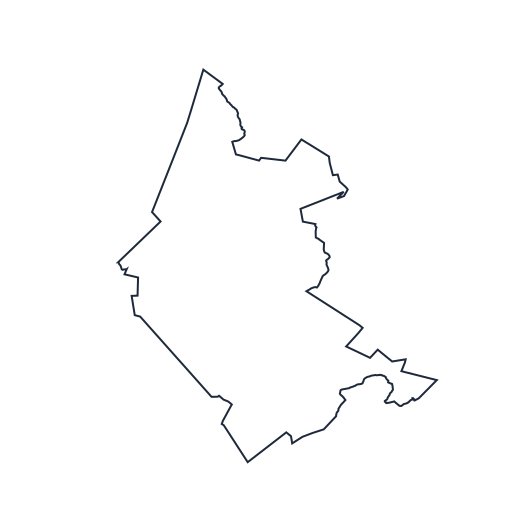 San Luis del Cordero, Durango, Mexico (Natural Earth projection), rotated 72°
{"feature_id": "50627088B87094166069630", "entity_name": "San Luis del Cordero", "entity_type": "district", "adm_level": 2, "iso_a3": "MEX", "parent_name": "Mexico", "parent_adm1": "Durango", "projection": "natural_earth1", "projection_center": [-104.288, 25.388], "detail": "fine", "context": "isolated", "style": "outline", "palette": "slate", "viewbox_px": 512, "rotation_deg": 72, "n_neighbors": 0, "source": "geoboundaries", "source_scale": "gbopen_adm2", "svg_char_len": 5756}
<svg xmlns="http://www.w3.org/2000/svg" viewBox="0 0 512 512"><g transform="rotate(72 256 256)"><path d="M400.5,145.6L398.4,159.1L388.5,165.5L382.7,169.2L388.1,179.0L369.9,198.2L361.1,182.8L357.3,176.8L353.8,179.0L353.6,179.2L305.1,218.9L304.8,217.5L304.5,216.1L304.3,215.1L303.8,213.3L303.7,211.5L303.8,209.8L304.0,209.0L304.8,207.8L303.7,206.1L302.4,204.8L301.6,203.9L300.3,202.9L299.1,201.9L298.1,201.0L297.0,199.9L295.9,199.0L295.3,197.9L295.0,196.7L294.7,195.7L294.3,194.8L293.7,193.6L292.9,192.4L292.0,191.5L290.6,191.2L287.8,191.4L285.8,191.6L284.6,191.0L283.7,190.7L282.8,190.9L281.9,190.6L281.5,189.9L281.4,189.3L280.9,187.9L279.9,186.3L278.8,186.1L277.0,186.6L275.9,187.4L275.2,188.1L274.0,189.5L272.8,189.7L270.8,189.6L264.6,187.2L259.7,190.9L259.3,191.0L258.9,191.3L258.7,191.6L258.3,192.0L258.0,192.4L257.5,192.8L257.3,192.9L257.1,193.1L257.0,193.3L256.9,193.4L256.5,193.3L251.1,191.7L247.9,190.1L247.4,189.6L247.2,189.7L246.5,190.1L246.1,190.2L245.7,190.3L245.2,190.3L244.8,190.0L244.3,189.8L244.0,189.6L237.8,200.8L224.9,199.1L222.1,152.8L226.5,161.2L226.2,153.8L223.4,150.7L221.1,148.2L218.6,149.1L211.1,153.4L203.8,153.1L202.9,157.9L190.2,157.1L183.9,155.9L159.2,176.8L174.4,198.5L164.2,220.8L166.2,223.6L155.1,240.6L153.2,243.7L140.1,243.3L140.0,242.2L140.0,241.9L140.0,241.4L140.2,240.5L140.5,239.4L140.6,238.5L140.5,237.9L140.6,237.3L140.6,236.1L140.2,235.1L139.9,233.9L139.4,232.6L138.8,231.1L138.1,230.0L137.6,229.4L136.8,229.3L136.0,229.4L135.6,229.1L135.2,228.8L134.6,228.4L134.2,228.2L133.7,228.2L133.2,228.3L132.5,228.5L132.2,228.8L131.9,229.3L131.6,229.6L131.5,229.9L131.2,230.2L130.8,230.4L130.4,230.4L130.1,230.2L129.8,230.0L129.5,229.5L129.3,229.4L128.7,230.0L128.3,230.2L127.8,230.3L127.3,230.4L126.6,230.4L125.6,230.1L124.9,229.7L123.5,229.4L122.8,229.5L121.0,229.3L120.1,229.6L119.1,230.0L118.4,230.0L117.8,230.2L116.8,230.1L116.1,229.9L115.8,229.7L115.4,229.3L114.9,229.0L114.2,229.0L113.4,229.1L112.8,229.2L111.9,229.2L111.3,229.2L110.6,229.5L109.9,230.0L109.5,230.2L109.0,230.6L108.4,230.7L108.1,230.9L107.8,231.1L107.5,231.5L107.4,231.8L106.7,232.1L106.2,232.4L105.5,232.6L104.9,232.8L104.3,233.2L104.0,233.3L103.6,233.6L103.2,233.7L102.8,233.7L102.3,234.0L101.7,234.3L101.4,234.6L101.0,235.0L100.6,235.3L100.1,235.6L99.5,235.7L98.7,235.5L98.0,235.6L97.1,235.7L96.5,235.9L95.8,236.2L94.8,236.4L94.3,236.6L93.7,237.1L93.0,237.4L92.3,237.7L91.9,238.0L91.2,238.1L90.2,238.0L89.6,238.1L88.9,238.2L88.5,238.3L88.0,238.6L87.5,238.8L86.6,239.1L86.2,239.3L85.8,239.4L85.3,239.5L84.8,239.6L84.5,239.5L84.2,239.2L83.9,238.8L83.6,238.4L83.5,237.9L83.4,237.5L83.4,237.1L83.1,236.6L82.9,236.0L82.6,235.4L82.1,234.5L62.5,248.5L96.7,272.3L107.9,280.2L108.3,280.5L120.1,290.2L138.0,304.9L156.3,320.0L164.9,327.1L176.2,336.4L182.1,341.3L193.7,336.1L219.4,389.1L219.5,388.8L221.1,388.6L221.4,388.6L221.7,388.6L221.9,388.5L222.7,388.0L223.5,387.8L226.3,387.8L226.6,387.8L227.0,387.8L227.4,387.7L227.7,387.4L228.0,386.9L227.9,386.0L228.2,385.0L228.4,384.5L228.3,384.2L228.4,383.9L228.7,383.6L228.7,383.4L228.6,383.1L232.8,386.7L240.0,374.8L257.1,380.9L255.5,386.6L274.8,389.6L277.8,384.9L362.2,347.9L376.2,341.8L378.0,335.9L377.5,334.3L382.5,331.3L385.9,327.3L389.7,324.9L402.5,338.4L405.2,340.5L406.9,339.0L413.1,337.3L424.4,334.3L449.5,327.6L433.1,281.7L438.2,278.4L445.4,279.5L442.3,267.6L441.8,257.0L441.8,245.1L433.1,229.3L432.7,229.2L431.8,228.8L429.9,227.6L428.7,225.6L426.7,224.7L425.0,222.6L423.7,221.1L422.4,218.6L420.6,215.5L420.4,215.6L417.8,216.4L416.3,217.1L415.1,217.8L413.9,218.5L412.9,218.8L412.2,218.4L411.2,217.8L410.1,217.3L409.6,216.7L409.5,215.7L409.6,214.8L410.5,208.2L410.1,206.9L410.2,205.8L410.2,204.3L410.1,203.1L410.1,202.3L410.0,201.7L409.7,200.5L409.5,199.3L409.6,198.7L409.8,197.6L410.1,196.4L410.2,194.9L409.9,193.9L409.1,193.4L408.2,192.4L407.1,191.8L406.2,190.8L405.8,189.4L405.5,188.1L405.5,187.6L405.4,186.9L405.5,186.1L405.7,185.4L405.6,185.2L405.5,184.6L405.5,183.9L405.5,183.1L405.6,182.2L406.0,179.9L406.0,179.6L406.1,179.1L406.3,178.9L406.8,177.9L406.9,177.2L407.1,176.3L407.3,175.6L407.3,174.8L407.4,174.5L407.6,174.2L408.0,173.9L408.1,173.3L408.3,172.9L408.6,172.8L409.0,172.4L409.2,172.1L409.5,171.5L409.8,171.2L410.2,170.9L410.6,170.6L410.8,170.3L411.0,170.1L411.6,170.1L412.0,170.1L412.5,170.0L413.1,169.9L413.5,169.8L414.0,169.6L414.8,169.1L415.5,168.7L416.5,169.2L416.9,169.4L417.2,169.0L417.7,168.7L418.0,168.2L418.4,167.9L418.7,167.7L419.0,167.0L419.5,166.3L419.8,166.1L420.0,166.1L420.3,166.2L420.8,166.2L421.5,166.3L422.1,166.4L422.6,166.5L423.0,166.6L423.8,166.7L424.6,166.9L425.6,167.2L426.1,167.8L426.4,168.4L426.9,168.9L427.2,169.1L427.6,169.9L427.8,170.6L428.3,171.2L428.7,171.6L428.9,171.7L429.4,171.9L429.8,172.4L430.4,173.3L430.7,173.7L431.0,174.1L431.6,174.6L432.0,174.9L432.8,175.6L433.0,176.0L433.3,177.1L433.6,178.0L433.8,178.4L434.3,178.5L435.1,178.0L435.6,177.5L436.0,177.2L436.2,177.3L436.3,177.0L436.5,175.6L436.7,174.6L436.8,172.9L437.0,170.5L437.0,169.5L438.9,168.4L439.9,167.7L441.0,167.1L441.6,166.6L442.6,166.0L442.9,165.8L443.3,164.8L443.5,164.4L443.4,164.1L443.4,163.8L443.3,163.5L443.2,162.9L443.0,162.6L442.7,161.9L442.6,161.6L442.5,160.9L442.6,160.2L442.6,159.5L442.6,158.9L442.7,158.5L442.6,158.2L442.6,157.9L442.6,157.6L442.5,157.0L442.3,156.8L442.3,156.3L442.2,156.1L442.1,155.7L441.6,155.1L441.5,154.8L441.3,154.3L441.1,153.9L440.8,153.1L440.8,152.9L440.8,152.0L440.8,151.5L440.7,151.4L439.9,151.3L439.5,151.2L439.6,150.8L439.7,150.6L440.0,150.4L440.3,150.3L440.6,150.3L440.8,150.3L441.0,150.4L441.4,149.7L441.6,149.6L442.0,149.8L442.3,150.0L442.5,149.7L442.4,149.3L442.1,148.4L442.1,148.2L442.1,147.6L442.0,147.2L441.9,146.6L441.8,146.0L441.5,144.9L429.9,122.4L410.5,153.3L403.3,147.3L400.5,145.6Z" fill="none" stroke="#1e293b" stroke-width="2"/></g></svg>